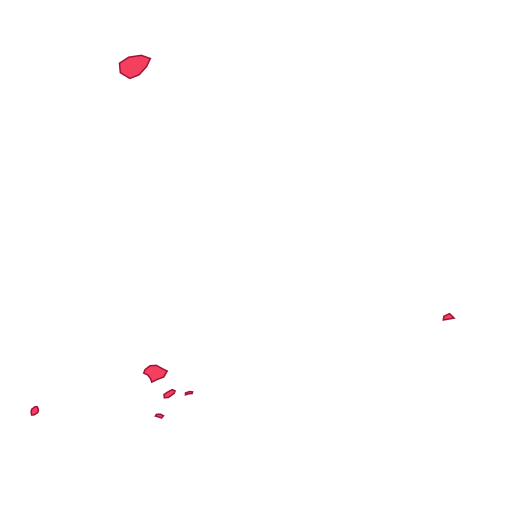 La Digue and Inner Islands, Mercator projection, rotated 97°
{"feature_id": "SYC-5212", "entity_name": "La Digue and Inner Islands", "entity_type": "state/province", "adm_level": 1, "iso_a3": "SYC", "parent_name": "Seychelles", "parent_adm1": "", "projection": "mercator", "projection_center": [55.767, -4.192], "detail": "fine", "context": "isolated", "style": "filled", "palette": "rose", "viewbox_px": 512, "rotation_deg": 97, "n_neighbors": 0, "source": "natural_earth", "source_scale": "10m", "svg_char_len": 858}
<svg xmlns="http://www.w3.org/2000/svg" viewBox="0 0 512 512"><g transform="rotate(97 256 256)"><path d="M90.6,413.0L81.3,415.0L74.2,406.6L70.8,394.3L72.9,384.9L81.3,387.7L90.4,394.1L95.1,402.8L90.6,413.0ZM381.0,330.1L387.3,332.8L390.7,339.2L393.9,344.1L390.5,345.8L387.3,348.9L385.9,353.2L382.3,352.3L377.8,347.7L376.7,341.5L379.3,335.2L381.0,330.1ZM399.7,319.9L402.2,320.4L407.1,325.7L407.9,329.7L404.8,330.5L402.2,327.6L398.8,322.9L399.7,319.9ZM436.0,453.1L438.2,453.7L440.8,457.0L441.2,459.3L438.5,460.2L435.5,460.0L432.5,456.9L432.2,455.0L433.9,453.7L436.0,453.1ZM293.5,51.8L296.7,62.3L293.0,62.2L289.6,56.9L293.5,51.8ZM425.8,328.4L428.3,329.9L427.7,332.9L427.1,336.4L425.2,335.4L424.7,331.6L425.8,328.4ZM398.6,302.4L400.3,302.6L400.9,305.8L402.4,309.1L400.5,309.3L398.6,305.3L398.6,302.4Z" fill="#f43f5e" stroke="#9f1239" stroke-width="1.5"/></g></svg>